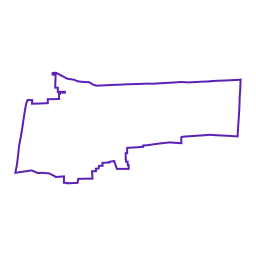 Mexicaltzingo, México, Mexico
{"feature_id": "50627088B85127394964409", "entity_name": "Mexicaltzingo", "entity_type": "district", "adm_level": 2, "iso_a3": "MEX", "parent_name": "Mexico", "parent_adm1": "México", "projection": "albers", "projection_center": [-99.585, 19.21], "detail": "fine", "context": "isolated", "style": "outline", "palette": "violet", "viewbox_px": 256, "rotation_deg": 0, "n_neighbors": 0, "source": "geoboundaries", "source_scale": "gbopen_adm2", "svg_char_len": 2254}
<svg xmlns="http://www.w3.org/2000/svg" viewBox="0 0 256 256"><path d="M170.7,142.5L176.0,142.9L181.4,143.2L181.2,137.4L181.6,137.0L182.4,136.8L186.5,136.4L190.4,136.2L194.4,135.9L198.3,135.6L202.2,135.4L206.1,135.1L210.0,134.8L214.0,135.1L217.9,135.3L221.8,135.5L225.7,135.7L229.6,135.9L233.5,136.2L237.6,136.4L237.8,132.4L238.3,124.6L238.8,117.2L239.3,109.4L239.5,103.8L239.7,97.0L240.2,90.3L240.4,84.4L240.6,79.6L239.6,79.8L239.0,79.8L235.0,80.0L231.0,80.2L227.0,80.4L223.0,80.6L219.0,80.7L215.0,80.9L211.0,81.1L211.0,81.3L207.3,81.5L203.5,81.6L199.8,81.8L196.1,82.0L192.4,82.2L188.7,82.4L184.9,82.2L181.1,82.0L176.3,82.3L174.0,82.5L169.6,82.7L165.3,83.0L161.0,83.2L156.6,83.5L152.3,83.7L147.8,83.6L144.9,83.7L140.5,83.9L136.1,84.0L131.4,84.2L126.8,84.3L123.4,84.5L111.2,85.0L96.6,85.7L93.1,84.7L89.0,82.1L87.0,82.1L86.8,82.1L81.6,81.8L81.2,81.8L77.1,81.1L74.3,79.8L67.2,78.7L63.5,76.7L59.7,74.7L55.9,72.7L52.7,73.0L52.6,74.6L55.6,74.7L55.5,79.0L55.3,83.4L55.2,87.7L57.8,87.7L57.8,91.9L64.8,91.8L64.9,92.7L59.8,92.7L59.8,93.9L59.0,93.9L59.1,99.0L55.3,99.1L51.5,99.2L47.8,99.2L47.8,103.2L43.8,103.3L39.9,103.5L36.0,103.6L32.0,103.7L32.2,100.1L27.6,100.0L26.2,103.6L24.9,110.6L24.1,115.8L23.3,121.0L22.6,126.0L22.0,129.7L21.4,133.4L20.9,136.6L20.8,137.4L20.6,138.1L19.7,142.6L19.1,145.8L18.7,149.5L18.5,151.5L17.9,156.7L17.1,163.5L17.0,164.1L16.1,168.9L15.4,172.8L19.5,172.2L23.5,171.6L27.6,171.0L31.7,170.4L37.4,172.9L37.6,173.0L40.4,172.9L41.3,172.8L45.3,173.1L49.2,173.4L52.7,175.2L54.6,176.1L55.5,177.0L59.8,176.7L64.0,176.4L63.9,182.8L67.4,182.9L67.4,183.3L72.4,183.1L77.5,182.9L78.2,178.9L82.1,178.8L86.0,178.7L89.3,178.7L92.4,178.6L92.0,171.3L96.0,171.2L95.8,168.7L98.5,168.6L99.0,165.9L102.6,165.7L102.4,162.9L105.2,162.7L109.4,162.5L109.4,161.8L114.2,161.0L115.0,163.6L116.9,168.9L117.8,168.9L119.7,168.9L123.0,168.9L126.6,168.9L128.7,168.9L128.7,166.1L128.7,165.1L127.7,165.1L127.6,161.7L126.0,161.6L125.9,158.9L125.7,158.9L125.7,155.0L125.7,153.1L127.2,153.1L127.2,152.4L127.1,147.9L131.8,147.6L135.1,147.4L143.1,146.8L143.1,145.5L143.6,145.5L143.8,145.5L145.8,145.3L146.4,145.3L148.5,145.1L149.0,145.0L152.9,144.4L155.8,144.0L161.4,143.3L163.1,143.1L167.0,142.7L170.6,142.3L170.7,142.5Z" fill="none" stroke="#5b21b6" stroke-width="2"/></svg>